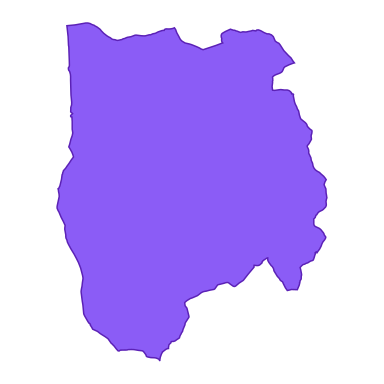 outline of Blajel, Sibiu, Romania
{"feature_id": "2599482B21562101156069", "entity_name": "Blajel", "entity_type": "district", "adm_level": 2, "iso_a3": "ROU", "parent_name": "Romania", "parent_adm1": "Sibiu", "projection": "equal_earth", "projection_center": [24.338, 46.219], "detail": "fine", "context": "isolated", "style": "filled", "palette": "violet", "viewbox_px": 384, "rotation_deg": 0, "n_neighbors": 0, "source": "geoboundaries", "source_scale": "gbopen_adm2", "svg_char_len": 5840}
<svg xmlns="http://www.w3.org/2000/svg" viewBox="0 0 384 384"><path d="M287.3,290.5L289.2,290.1L291.4,289.5L297.3,289.7L299.2,285.2L299.8,282.8L299.6,282.7L299.8,282.3L300.2,280.6L301.1,279.2L301.2,278.6L301.3,275.8L301.5,275.5L301.6,274.8L301.5,273.8L300.7,269.7L300.1,267.5L301.6,265.8L303.0,264.6L304.8,264.1L306.1,263.3L307.7,262.9L310.5,261.1L312.3,260.6L313.3,260.0L314.1,257.8L314.8,255.4L315.1,254.4L315.6,253.5L315.2,253.2L315.1,252.9L316.3,251.8L317.1,252.6L317.8,251.5L319.6,249.1L321.1,246.2L322.0,243.7L322.8,242.1L324.7,239.7L325.5,238.3L325.8,237.1L324.2,234.8L323.9,233.6L323.4,232.8L321.0,229.8L319.9,228.8L319.2,228.3L315.3,226.5L314.3,225.6L313.8,224.2L313.8,220.6L313.7,219.1L315.2,217.5L315.9,215.3L316.6,214.9L318.2,212.5L319.5,211.5L322.2,210.2L323.3,209.4L325.6,207.0L326.1,205.9L326.3,205.1L326.3,204.5L326.0,201.5L326.1,201.0L326.4,199.3L326.9,197.8L326.7,196.8L326.5,195.2L326.1,193.1L325.9,188.9L324.4,185.6L324.1,184.5L324.5,183.3L325.0,181.8L326.2,179.7L325.3,178.3L323.7,176.3L320.4,173.4L319.6,172.5L317.5,171.4L315.4,169.9L314.0,168.1L313.6,167.3L313.1,166.1L312.5,163.1L311.3,160.5L311.2,159.9L310.9,157.8L308.7,153.1L308.8,151.3L308.6,149.8L308.2,148.7L307.4,147.1L307.2,146.4L307.3,145.7L309.0,143.7L311.4,139.4L311.4,138.5L311.1,136.2L311.3,134.8L311.7,133.9L312.0,131.9L312.0,131.0L311.8,130.4L310.0,129.1L308.3,127.4L307.3,126.2L307.0,125.0L306.5,124.0L305.3,122.6L302.3,120.2L300.6,118.7L299.4,115.0L298.6,110.9L297.4,109.0L296.7,106.9L295.3,104.2L294.8,102.8L294.4,101.5L293.4,96.3L293.3,95.6L293.5,94.4L292.9,93.9L291.7,93.9L291.4,93.5L291.5,92.8L291.4,92.6L289.8,91.1L288.9,90.5L287.2,90.0L284.2,90.0L281.0,89.6L280.3,89.6L274.6,90.4L272.6,90.2L272.5,89.9L272.1,86.4L272.4,84.2L272.6,82.7L272.5,81.4L272.8,80.6L272.7,78.2L272.5,77.1L272.7,76.8L273.7,75.9L275.0,75.1L276.6,74.4L279.3,73.4L280.4,72.9L281.6,72.1L282.2,71.5L282.9,70.2L283.9,67.8L284.9,66.8L289.0,64.8L293.2,63.2L294.4,62.9L292.8,60.8L291.0,57.9L288.4,55.5L283.8,50.6L281.2,46.5L280.1,44.8L278.9,43.3L276.7,42.2L275.2,41.0L273.3,36.6L271.6,35.0L271.1,34.7L270.5,34.6L270.1,34.3L269.5,34.0L267.9,33.8L267.3,33.9L266.9,33.8L264.1,32.6L260.7,30.7L258.5,29.9L256.9,30.0L256.4,30.3L256.2,30.7L255.8,30.9L252.7,30.4L251.3,30.9L248.2,31.5L246.6,31.9L245.6,32.0L242.8,31.8L240.7,32.4L239.8,32.2L237.3,31.2L236.0,30.9L234.8,30.3L233.3,30.2L230.4,29.2L225.4,31.5L222.5,33.2L221.9,33.7L221.6,34.2L221.2,35.2L221.2,36.5L221.3,37.3L221.7,38.2L221.6,40.8L222.0,42.0L222.7,42.9L215.8,45.5L203.1,49.7L200.9,48.9L199.7,48.1L196.9,46.8L191.7,44.7L189.5,44.0L185.1,43.0L182.1,41.2L180.6,39.7L179.9,38.6L178.9,36.6L176.8,32.8L175.6,29.5L174.4,27.8L173.0,28.4L171.1,28.8L169.0,29.0L166.5,28.9L165.6,29.0L164.5,29.5L164.2,30.4L163.0,30.4L161.9,30.6L158.1,31.9L155.4,33.3L152.8,33.8L150.6,34.8L149.2,34.8L145.5,35.8L144.2,35.9L141.8,35.8L136.1,35.1L135.0,35.2L131.0,36.7L127.5,37.3L126.3,37.7L124.6,38.5L123.1,38.8L122.0,39.5L118.3,40.3L117.3,40.4L116.4,40.2L115.0,39.7L113.3,39.5L112.2,39.2L110.1,37.6L108.6,36.9L106.9,35.8L103.7,33.3L101.0,30.5L100.5,29.7L99.6,28.9L96.9,26.9L95.1,26.0L94.2,25.3L92.1,24.6L90.0,23.5L87.8,23.0L85.8,23.0L75.1,24.9L66.9,25.7L68.1,36.6L68.5,45.3L68.8,46.9L69.3,60.8L69.4,65.3L69.2,66.7L68.5,67.5L68.4,68.1L68.4,69.0L68.7,70.2L69.4,71.1L69.8,72.0L70.4,74.3L70.6,76.3L70.6,80.4L71.0,95.0L71.4,99.1L71.7,102.3L71.6,104.9L70.8,107.4L70.7,111.9L72.6,113.6L72.1,114.2L70.8,115.3L70.6,116.0L70.8,116.7L71.1,116.9L71.9,117.0L72.2,121.4L72.2,129.3L72.7,132.3L72.7,133.3L72.2,135.7L70.9,139.3L69.7,144.2L68.8,146.9L69.9,148.6L71.9,152.2L72.9,154.8L73.5,157.0L71.3,159.9L69.1,163.3L66.7,166.6L66.1,167.6L65.4,168.5L63.4,170.7L63.4,171.3L62.9,172.2L62.4,174.4L62.1,174.7L61.5,179.3L59.9,185.9L58.7,188.4L58.0,188.9L58.3,189.4L58.6,192.0L58.9,193.2L59.1,194.6L59.2,196.6L57.3,205.4L57.1,206.7L57.1,208.2L58.1,210.6L58.9,211.9L61.2,217.4L63.4,221.6L65.1,225.4L64.8,228.0L64.8,229.5L65.8,235.0L65.8,236.7L66.0,238.1L66.9,240.0L67.4,242.1L68.5,244.4L70.8,248.7L74.1,254.1L76.5,258.6L78.5,262.6L80.6,268.0L82.5,275.2L82.9,277.2L83.0,278.7L82.4,282.6L82.0,286.3L81.6,288.1L81.2,290.4L81.1,291.7L81.2,292.8L82.3,301.4L82.9,304.9L83.7,313.5L83.9,314.3L84.7,316.0L87.8,321.4L88.9,323.1L89.4,323.3L90.3,324.2L90.4,324.5L90.2,324.8L90.3,325.1L91.7,327.3L92.7,329.2L97.5,331.4L100.4,333.7L105.2,336.7L108.0,338.7L111.3,343.4L112.4,344.2L113.3,345.3L114.0,345.9L116.3,348.9L118.0,350.8L119.1,351.0L120.2,350.2L121.0,350.1L126.9,350.0L128.2,349.6L131.6,349.5L134.0,349.6L138.7,350.4L142.3,350.8L143.2,351.3L144.0,352.2L145.5,354.2L146.1,355.3L146.3,356.1L147.1,356.8L150.6,357.6L154.9,357.8L156.3,358.1L158.5,359.0L159.1,359.5L159.8,361.0L159.9,359.5L160.3,357.2L161.6,353.6L162.5,352.2L162.4,352.0L166.1,349.2L166.9,348.8L168.5,348.5L168.4,348.0L168.9,344.9L169.2,344.4L170.9,342.8L171.1,341.9L171.2,341.7L171.7,341.5L173.7,341.4L175.3,340.8L176.7,339.7L178.3,338.7L179.4,337.9L180.0,335.9L180.5,334.9L181.3,333.6L181.4,333.0L182.5,331.5L183.0,329.5L185.0,324.7L185.0,323.7L185.5,322.5L188.8,317.4L189.0,316.9L188.8,315.7L187.1,308.8L186.9,308.1L186.6,307.7L185.1,305.8L184.7,302.7L185.3,302.0L186.8,300.7L190.3,298.5L192.2,297.9L197.5,295.6L201.1,292.8L202.5,292.0L204.0,291.5L206.4,291.1L209.7,290.2L214.0,289.4L214.8,288.9L217.5,285.1L217.9,284.8L219.0,284.5L223.5,283.4L226.1,282.6L227.9,282.5L228.6,282.8L230.5,284.3L233.2,286.2L234.2,286.5L235.1,286.3L235.7,286.0L239.2,283.0L243.1,280.5L243.6,280.0L247.8,274.6L254.0,267.2L254.0,266.1L254.1,265.3L257.1,265.6L258.2,265.5L259.2,265.2L260.0,264.7L262.0,262.9L262.1,262.6L262.0,262.1L262.7,261.1L263.7,260.2L266.1,258.6L267.0,258.1L267.7,257.9L267.8,260.2L268.1,261.0L269.0,262.6L271.1,265.5L272.3,266.6L273.5,268.6L274.0,270.9L277.3,276.3L279.5,278.7L279.9,279.7L280.7,280.6L282.6,281.9L283.3,283.6L284.9,286.8L285.4,287.8L287.3,290.5Z" fill="#8b5cf6" stroke="#5b21b6" stroke-width="1.5"/></svg>